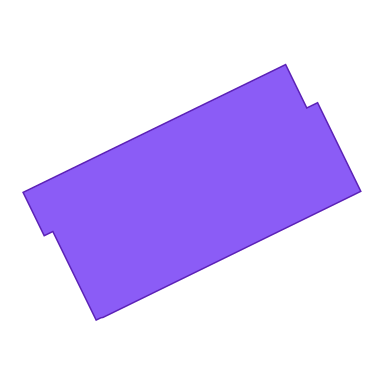 Eddy, North Dakota, United States of America (Mercator projection), rotated 154°
{"feature_id": "52423323B20862519958454", "entity_name": "Eddy", "entity_type": "district", "adm_level": 2, "iso_a3": "USA", "parent_name": "United States of America", "parent_adm1": "North Dakota", "projection": "mercator", "projection_center": [-98.866, 47.717], "detail": "fine", "context": "isolated", "style": "filled", "palette": "violet", "viewbox_px": 384, "rotation_deg": 154, "n_neighbors": 0, "source": "geoboundaries", "source_scale": "gbopen_adm2", "svg_char_len": 298}
<svg xmlns="http://www.w3.org/2000/svg" viewBox="0 0 384 384"><g transform="rotate(154 192 192)"><path d="M52.0,265.5L344.0,265.7L344.0,217.5L334.4,217.5L334.3,118.9L329.1,118.9L327.0,118.3L40.0,118.6L40.0,217.2L52.0,217.2L52.0,265.5Z" fill="#8b5cf6" stroke="#5b21b6" stroke-width="1.5"/></g></svg>